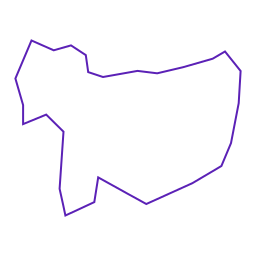 Agios Epifanios Oreinis, Nicosia, Cyprus
{"feature_id": "46923920B19828557727754", "entity_name": "Agios Epifanios Oreinis", "entity_type": "district", "adm_level": 2, "iso_a3": "CYP", "parent_name": "Cyprus", "parent_adm1": "Nicosia", "projection": "robinson", "projection_center": [33.112, 34.996], "detail": "fine", "context": "isolated", "style": "outline", "palette": "violet", "viewbox_px": 256, "rotation_deg": 0, "n_neighbors": 0, "source": "geoboundaries", "source_scale": "gbopen_adm2", "svg_char_len": 445}
<svg xmlns="http://www.w3.org/2000/svg" viewBox="0 0 256 256"><path d="M31.5,40.5L15.4,78.5L23.1,105.1L23.1,124.1L46.2,114.6L63.5,131.7L59.6,188.8L63.2,205.1L65.4,215.5L94.3,202.1L98.2,177.4L127.4,193.6L146.3,204.0L192.5,183.1L221.4,166.0L231.0,143.1L238.7,103.2L240.6,71.0L225.0,51.5L212.7,58.7L183.1,67.2L157.2,73.3L137.5,70.9L103.0,77.0L88.2,72.1L85.8,55.1L71.0,45.4L53.7,50.3L31.5,40.5Z" fill="none" stroke="#5b21b6" stroke-width="2"/></svg>